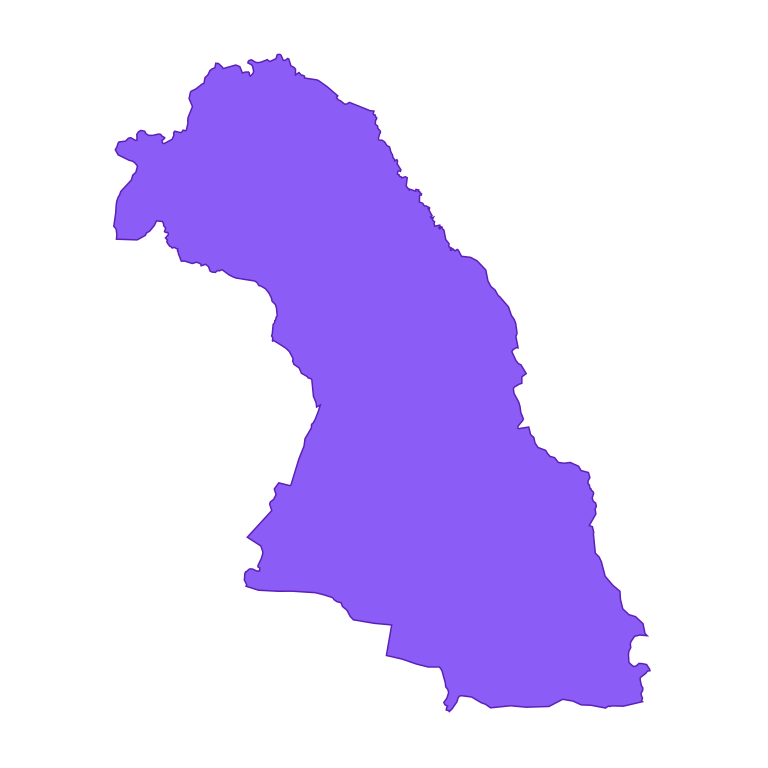 Asene Akroso Manso, Eastern, Ghana (orthographic projection), rotated 3°
{"feature_id": "2480657B68278489034036", "entity_name": "Asene Akroso Manso", "entity_type": "district", "adm_level": 2, "iso_a3": "GHA", "parent_name": "Ghana", "parent_adm1": "Eastern", "projection": "orthographic", "projection_center": [-0.832, 5.854], "detail": "fine", "context": "isolated", "style": "filled", "palette": "violet", "viewbox_px": 768, "rotation_deg": 3, "n_neighbors": 0, "source": "geoboundaries", "source_scale": "gbopen_adm2", "svg_char_len": 6114}
<svg xmlns="http://www.w3.org/2000/svg" viewBox="0 0 768 768"><g transform="rotate(3 384 384)"><path d="M507.3,701.8L527.3,698.7L542.8,699.3L565.6,697.4L579.0,689.5L589.4,690.8L597.7,694.1L607.7,694.0L622.2,696.0L625.1,693.8L626.2,694.3L628.4,693.5L639.9,693.2L658.8,687.7L657.8,686.8L658.6,684.4L657.0,680.7L657.1,678.9L658.3,676.8L658.4,674.0L656.8,671.7L655.2,665.4L655.3,663.8L660.3,659.5L662.2,656.9L664.6,656.4L664.1,654.8L660.9,650.4L656.4,649.7L653.3,649.7L650.7,652.3L648.4,653.1L646.6,652.1L643.2,649.4L642.3,641.9L642.5,638.2L644.2,634.3L643.6,630.9L644.0,628.5L647.4,622.9L652.4,621.3L660.0,621.6L657.7,619.5L655.2,609.8L647.4,603.2L640.6,601.5L634.2,596.0L631.4,586.7L630.5,578.7L623.1,573.1L614.9,564.4L610.4,550.2L607.9,545.5L603.9,541.9L601.0,523.0L601.2,521.2L599.6,515.6L596.4,514.6L602.4,502.7L601.4,497.9L602.5,494.9L601.5,491.7L599.1,490.2L597.9,486.9L599.1,482.1L598.4,480.6L596.5,479.1L596.2,477.9L595.3,477.7L594.4,474.2L592.8,472.4L593.0,469.8L594.5,466.7L592.8,461.7L585.3,460.1L582.7,456.0L574.1,452.6L568.2,453.7L562.2,453.2L558.2,448.6L553.6,447.6L550.9,444.8L548.9,441.8L541.1,439.3L537.9,435.0L536.4,429.5L533.1,426.9L530.8,419.4L520.6,421.6L520.0,420.9L519.9,419.3L524.4,413.2L525.0,411.6L522.1,405.2L521.0,399.3L519.5,395.0L514.4,386.7L513.4,382.0L514.2,380.3L518.8,377.2L521.6,376.1L521.3,369.6L525.5,366.2L519.8,357.7L517.0,356.5L514.5,353.6L510.0,345.1L511.2,342.8L514.5,340.7L516.0,340.9L513.2,329.5L514.1,327.2L514.0,325.1L512.3,316.4L510.6,312.7L507.6,308.8L504.3,300.5L494.6,290.4L493.5,289.9L489.9,284.2L485.7,281.1L482.4,275.6L479.7,264.8L470.6,256.2L463.9,253.0L454.7,252.4L451.2,246.4L450.0,245.8L448.1,247.3L446.4,246.1L443.5,246.9L443.2,245.2L444.6,244.9L441.5,243.4L441.6,240.4L438.1,236.5L436.0,228.0L435.5,226.8L434.1,225.9L433.7,224.2L432.5,224.0L432.2,225.6L431.3,226.1L430.7,225.1L431.7,223.1L431.4,222.4L426.4,223.8L425.6,221.0L426.0,219.3L424.0,217.8L423.9,216.6L424.7,214.9L422.7,216.0L421.7,214.8L423.2,213.5L419.8,207.9L420.2,206.6L419.1,206.5L420.0,205.5L416.8,204.0L414.9,204.0L413.2,201.5L409.8,200.4L409.7,193.9L410.0,193.4L411.4,193.4L411.5,192.0L409.7,191.0L409.5,190.0L408.3,189.9L408.5,188.4L405.7,188.0L405.6,189.8L400.3,188.3L399.0,188.9L398.7,187.7L397.9,187.7L395.8,185.0L396.4,176.8L394.6,175.9L391.0,177.2L390.5,176.3L389.0,176.0L388.0,174.2L386.5,173.9L386.6,171.0L387.8,170.3L389.3,170.8L389.7,169.3L385.6,163.4L385.9,160.7L385.1,159.3L383.0,160.6L382.7,159.1L381.0,157.3L380.6,155.0L378.8,152.1L377.1,146.9L374.6,145.9L371.7,142.0L369.2,140.6L366.5,140.8L365.5,139.6L366.4,134.9L367.3,133.2L367.1,131.6L364.4,128.9L364.2,126.9L361.7,124.9L361.8,121.1L362.7,119.8L362.8,118.5L361.8,117.9L361.1,115.8L359.6,115.6L359.1,114.5L359.7,112.0L355.8,111.8L334.8,104.6L331.8,106.5L329.8,106.4L325.7,103.4L323.6,102.7L321.6,100.5L322.8,98.7L311.7,90.1L303.2,84.7L301.1,83.8L288.7,82.6L288.5,80.7L286.2,79.8L285.4,80.1L282.8,77.4L279.4,79.9L279.2,74.3L277.8,72.7L274.4,71.1L271.9,64.4L270.7,64.0L268.4,66.0L266.4,65.9L264.0,61.1L262.7,60.3L260.9,60.4L260.0,61.0L259.2,64.7L253.0,68.0L250.5,66.2L243.9,69.2L240.6,69.7L238.9,69.4L234.7,67.2L232.4,67.9L231.4,69.2L231.3,70.5L234.8,72.0L236.1,73.4L237.4,78.3L237.0,80.6L234.4,83.5L233.5,82.7L233.2,80.3L232.3,79.5L228.9,79.8L226.4,80.9L223.4,74.6L219.3,73.2L206.9,77.4L205.8,75.8L201.9,72.6L199.2,72.5L198.6,77.1L195.8,78.3L193.8,80.1L192.0,84.5L189.2,87.4L188.5,93.1L186.9,93.8L180.7,99.2L176.0,101.8L175.4,102.8L174.4,109.1L178.2,117.0L174.4,128.1L174.2,131.6L174.6,133.5L173.4,140.4L172.6,141.5L170.1,141.0L169.0,142.9L167.8,143.6L161.8,142.5L160.8,144.0L161.1,146.8L159.6,150.7L151.9,155.4L150.3,155.0L149.4,152.9L152.1,150.0L152.1,149.4L149.4,148.1L147.9,146.4L145.6,146.2L140.3,147.8L135.9,148.0L133.1,146.4L131.8,144.1L127.9,143.5L125.7,144.9L124.1,147.6L124.6,153.4L123.1,153.7L118.2,151.3L115.9,151.9L113.2,155.0L106.8,156.1L105.9,157.2L104.9,161.2L103.4,164.1L106.5,169.1L117.7,173.9L121.4,174.7L123.9,176.4L126.4,179.3L125.1,185.6L122.2,188.5L121.0,193.5L111.0,205.6L110.1,208.9L108.9,211.0L107.6,215.2L107.2,219.4L107.1,227.3L105.9,240.7L108.1,242.9L108.7,244.7L109.4,249.2L109.2,253.4L130.0,253.0L137.9,248.1L138.8,245.7L142.0,243.6L146.3,237.8L148.3,233.0L154.1,233.3L155.5,235.4L155.7,237.6L157.8,239.6L156.8,243.4L158.6,244.2L160.0,243.9L160.7,244.9L160.7,246.3L158.1,249.6L160.3,251.7L159.6,253.2L160.5,254.9L163.0,257.8L164.1,258.0L165.4,259.3L167.6,258.5L169.8,259.8L171.0,259.8L170.8,262.0L171.7,262.9L171.8,264.5L175.1,271.9L178.6,271.7L186.2,273.7L190.4,272.2L193.8,273.2L194.9,274.2L195.2,275.5L199.7,273.8L202.6,276.0L204.3,280.2L206.3,281.2L209.7,281.4L212.0,279.3L213.5,279.7L216.3,278.3L223.5,283.1L228.0,285.1L231.2,286.0L249.5,287.9L251.7,289.2L254.0,292.3L255.9,292.6L260.7,295.1L264.2,299.1L266.9,303.6L267.9,307.2L271.4,310.4L272.6,313.6L273.8,321.4L272.8,323.0L272.5,325.5L271.6,326.4L271.6,328.6L270.2,330.2L269.8,340.0L269.2,341.8L270.6,344.0L270.3,346.6L270.6,347.0L271.6,346.4L278.8,350.3L284.3,353.5L287.8,356.6L291.8,363.2L291.6,365.9L293.0,369.1L298.4,372.4L301.0,377.6L307.0,380.6L307.8,381.8L310.8,382.6L311.7,383.6L314.2,400.1L317.2,406.3L317.9,410.5L321.5,408.4L319.5,415.8L317.0,423.2L315.5,426.3L313.8,428.1L313.7,431.8L308.0,442.7L307.4,450.1L302.9,463.4L296.3,489.9L295.3,490.4L284.1,488.2L279.9,494.6L282.0,500.0L279.9,504.9L276.7,507.7L276.1,509.8L278.5,516.3L255.5,544.2L269.5,552.2L271.7,557.8L271.8,559.7L270.6,564.8L267.6,571.9L267.7,573.2L269.6,574.3L269.5,577.3L266.7,577.4L262.6,575.7L260.2,575.6L258.7,576.2L256.0,579.1L255.6,578.9L255.0,580.4L254.8,587.1L257.4,591.6L256.8,593.2L269.5,596.5L289.1,596.5L303.2,595.7L326.6,596.0L335.5,597.8L343.8,600.0L345.7,602.2L348.3,603.8L352.6,604.7L354.2,608.4L358.8,611.8L362.5,618.0L365.8,621.1L386.7,623.5L404.3,624.2L400.6,655.0L416.2,657.7L431.2,662.0L443.0,664.3L454.2,663.7L456.8,667.1L460.8,679.0L461.5,683.2L463.8,685.9L464.7,689.0L463.2,694.5L460.4,698.9L461.7,701.2L464.4,702.3L463.5,703.7L463.2,706.3L465.6,706.8L466.3,707.7L468.8,705.1L473.4,697.7L474.5,693.4L475.6,691.8L477.6,691.2L487.9,692.0L497.8,697.2L502.3,698.6L507.3,701.8Z" fill="#8b5cf6" stroke="#5b21b6" stroke-width="1.5"/></g></svg>